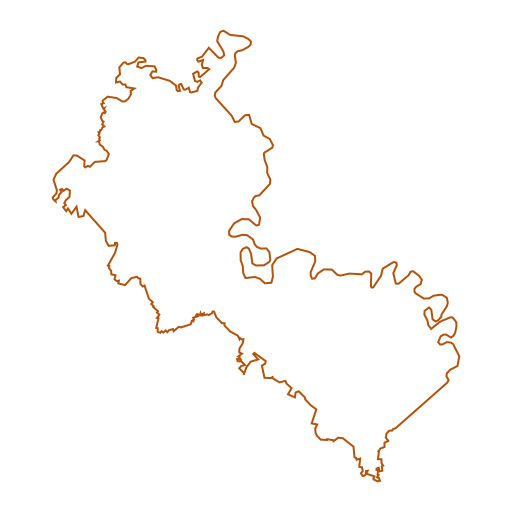 outline of Platón Sánchez, Veracruz, Mexico
{"feature_id": "50627088B47850104568837", "entity_name": "Platón Sánchez", "entity_type": "district", "adm_level": 2, "iso_a3": "MEX", "parent_name": "Mexico", "parent_adm1": "Veracruz", "projection": "robinson", "projection_center": [-98.391, 21.297], "detail": "fine", "context": "isolated", "style": "outline", "palette": "amber", "viewbox_px": 512, "rotation_deg": 0, "n_neighbors": 0, "source": "geoboundaries", "source_scale": "gbopen_adm2", "svg_char_len": 5986}
<svg xmlns="http://www.w3.org/2000/svg" viewBox="0 0 512 512"><path d="M381.6,463.4L381.4,459.3L377.9,459.1L378.9,452.1L378.3,451.5L380.4,448.5L384.5,447.0L384.5,442.7L388.3,440.9L385.8,437.5L386.5,433.7L389.1,430.7L392.0,430.7L393.0,429.1L395.6,428.2L447.2,382.7L448.6,380.1L446.4,376.2L446.9,373.3L450.3,369.7L457.4,366.0L459.3,356.3L453.1,344.0L450.9,342.6L446.8,342.1L442.7,344.3L440.1,344.5L438.2,342.2L440.6,336.4L443.6,334.6L446.2,334.6L451.1,337.6L453.5,335.7L455.2,332.7L456.4,326.6L456.4,322.8L455.5,321.1L452.4,317.3L449.8,317.5L439.9,321.8L431.1,328.9L428.3,325.1L427.4,320.4L424.4,314.6L424.6,310.8L429.1,307.5L431.3,309.8L432.6,319.4L435.8,321.5L438.3,320.1L441.2,316.8L441.5,314.6L447.0,306.0L447.8,302.6L446.8,297.8L442.3,294.9L440.0,294.8L433.6,295.7L429.2,298.3L424.0,298.6L415.8,293.5L414.5,291.8L414.5,288.9L416.0,286.9L420.7,284.0L421.8,279.7L418.9,275.6L412.9,271.2L410.5,271.8L408.5,275.3L398.6,283.7L395.8,283.6L393.3,273.2L396.8,265.2L396.4,262.8L394.8,262.2L393.3,262.2L382.7,268.7L381.0,275.8L373.3,287.3L371.9,287.6L370.9,286.5L371.3,273.6L368.9,271.5L365.3,271.7L361.8,274.3L349.4,273.6L340.4,275.6L337.3,274.8L331.9,269.6L323.9,269.4L317.8,273.5L314.8,278.5L312.1,278.7L310.7,275.6L310.7,272.0L315.3,261.3L314.9,255.8L309.7,252.1L297.4,248.9L276.5,258.5L272.2,265.2L272.9,276.9L271.3,282.8L264.9,283.3L259.9,278.8L255.0,277.0L245.5,278.0L243.2,273.0L242.7,265.8L240.7,260.3L240.6,252.3L242.9,248.8L246.7,247.2L248.8,248.6L251.1,253.9L252.3,263.4L256.0,265.5L264.0,265.3L269.3,261.9L270.3,259.9L269.4,252.1L266.4,248.4L260.9,248.6L257.0,247.0L254.8,244.5L253.0,239.4L247.1,235.2L242.4,234.8L235.6,236.7L231.8,236.6L229.2,234.8L229.1,230.9L234.1,223.4L241.6,219.1L248.8,219.3L256.3,225.5L258.7,225.0L259.2,224.0L260.1,217.6L256.3,210.2L252.9,205.9L252.1,201.2L253.8,197.7L255.6,196.0L259.3,195.4L270.0,183.8L270.3,179.6L267.2,172.9L267.3,166.9L264.7,160.2L263.8,153.9L264.3,152.7L272.4,147.6L272.9,145.1L269.8,139.0L263.6,135.6L260.4,128.1L251.7,124.0L249.1,114.9L245.0,115.3L238.6,121.5L234.7,121.9L231.6,115.6L215.6,98.0L214.8,95.5L215.4,92.4L221.4,86.0L223.3,80.0L234.2,67.7L235.9,62.5L234.8,55.9L235.2,53.3L237.6,51.2L242.1,50.3L247.9,47.1L250.6,44.8L250.9,41.5L248.4,39.0L243.1,36.3L230.1,34.9L223.5,30.7L220.2,31.9L217.9,36.8L217.2,41.2L223.4,51.5L224.2,55.4L221.0,58.0L218.4,57.6L208.8,47.8L202.1,56.6L197.3,58.5L197.2,60.2L198.4,61.7L203.0,60.0L201.8,65.0L202.9,68.0L207.5,68.0L209.2,69.2L200.1,77.1L198.8,76.5L198.6,72.6L197.2,71.4L193.1,73.8L195.0,81.0L197.4,81.8L200.1,80.4L201.7,82.5L197.9,87.8L197.4,90.8L191.5,92.5L190.0,92.1L188.8,87.7L185.3,89.7L183.7,89.4L181.2,84.0L179.5,84.4L178.6,85.9L180.0,90.8L177.9,91.1L176.8,90.3L175.9,85.4L169.7,80.8L158.2,77.3L152.5,78.1L150.3,74.8L152.5,71.4L156.1,71.7L156.3,69.9L154.6,66.4L146.1,65.8L141.5,68.1L137.2,66.5L138.5,62.4L145.5,61.5L145.4,59.9L143.3,58.1L138.7,57.5L134.9,61.7L128.7,64.1L127.1,64.1L125.3,62.3L123.5,62.6L119.3,67.4L120.0,74.3L116.2,78.1L116.0,82.5L119.9,81.5L122.8,84.6L125.4,84.4L126.4,87.2L134.4,88.5L130.6,91.0L130.9,94.4L128.3,98.8L125.1,101.4L122.6,101.5L116.5,98.0L107.7,96.7L102.9,100.4L102.5,101.7L103.7,103.2L101.2,104.1L103.5,108.9L104.4,108.3L104.0,109.1L105.6,111.9L104.7,113.2L103.4,112.5L102.3,113.4L100.7,117.3L102.3,120.9L103.6,121.6L102.2,124.4L104.4,126.4L102.5,127.4L101.2,130.1L100.2,130.1L99.6,132.6L98.7,132.4L99.2,133.9L98.4,135.3L99.9,137.3L99.1,138.9L99.8,140.4L98.2,141.4L99.1,141.4L99.7,144.4L103.0,146.9L104.3,149.5L106.8,151.0L108.9,154.1L106.6,159.9L105.3,161.1L94.8,161.9L89.9,166.8L88.0,165.8L85.3,167.4L84.2,166.4L84.6,160.5L76.7,155.5L73.4,155.4L69.3,161.8L56.3,173.7L53.5,179.7L56.9,190.3L56.4,193.5L52.7,197.4L53.4,199.5L55.6,201.4L55.4,200.1L58.5,197.6L59.2,194.7L61.6,192.0L60.1,189.7L62.2,189.0L63.4,190.8L66.6,188.7L69.9,190.5L69.5,197.0L65.8,200.3L64.3,203.1L65.9,205.1L63.1,207.1L66.2,211.2L68.0,208.5L71.4,213.8L76.5,206.7L78.5,216.8L79.4,216.9L83.5,215.9L85.2,210.2L105.1,232.7L105.9,241.0L108.7,245.8L114.2,245.4L115.0,245.0L115.0,243.0L117.1,243.0L117.4,244.8L115.0,252.9L107.9,265.6L109.4,266.1L109.0,268.0L111.1,270.8L111.4,274.4L115.5,275.2L114.5,279.3L116.8,281.1L118.9,280.6L118.3,283.4L125.1,285.1L131.3,278.1L137.1,276.8L138.4,278.4L140.3,278.6L140.4,283.9L142.7,286.5L144.5,285.5L148.9,298.6L152.8,302.3L151.3,304.0L153.7,306.2L153.2,307.0L158.0,311.2L157.0,312.5L159.4,314.7L157.0,317.9L158.5,318.2L156.2,327.9L157.7,328.2L157.6,331.8L160.3,332.8L161.5,331.2L163.3,332.5L165.6,330.4L167.4,332.2L169.0,330.2L172.9,329.1L173.6,331.2L178.8,326.8L181.0,327.4L190.7,324.3L191.8,320.9L193.3,321.3L193.2,319.9L194.1,319.6L193.2,317.7L197.6,316.3L196.2,315.2L197.0,314.1L199.9,315.1L200.5,313.3L201.2,315.5L202.3,315.5L201.9,314.3L203.8,313.3L203.7,315.1L207.4,314.4L208.7,315.1L211.9,313.3L212.6,311.5L214.0,311.5L216.4,317.4L221.8,323.1L224.6,323.2L224.4,325.3L229.9,331.3L237.9,335.7L239.5,339.2L240.1,338.1L242.0,339.5L243.4,339.2L242.7,343.3L239.4,348.7L239.3,352.5L241.9,353.6L238.2,356.5L239.6,357.1L239.2,358.0L240.2,358.8L237.0,359.1L237.7,361.2L240.0,361.4L240.5,360.4L244.9,365.1L241.4,365.9L239.2,368.3L244.0,373.1L243.7,374.8L246.4,367.4L250.6,361.7L258.2,359.4L253.2,354.0L254.4,352.9L265.7,361.1L265.2,363.7L261.9,365.6L264.5,377.8L270.7,378.1L272.5,377.1L272.5,378.1L279.4,382.3L285.4,380.9L286.7,383.8L291.6,388.1L288.0,394.3L294.9,397.4L295.6,392.5L298.7,391.3L304.7,397.2L305.4,399.6L310.6,405.1L316.3,409.4L311.7,423.4L317.2,424.5L315.2,428.5L315.6,432.8L316.9,435.7L320.7,439.6L327.0,440.0L327.1,439.2L333.7,440.3L333.7,441.1L338.3,437.7L342.8,438.2L353.5,446.7L354.5,457.3L356.1,457.9L356.6,459.7L360.1,458.6L359.3,466.8L362.0,467.3L362.8,471.0L360.9,473.3L362.6,475.9L364.7,475.7L365.9,474.1L366.0,471.0L367.6,470.8L366.7,472.2L367.0,473.9L374.4,476.4L373.3,478.8L374.0,479.6L377.5,481.3L380.0,480.8L378.9,477.9L377.0,477.3L378.6,475.0L377.6,474.5L378.1,469.7L376.5,469.9L376.5,468.6L378.7,467.7L379.4,471.3L382.3,470.7L381.9,466.2L383.2,465.6L381.6,463.4Z" fill="none" stroke="#b45309" stroke-width="2"/></svg>